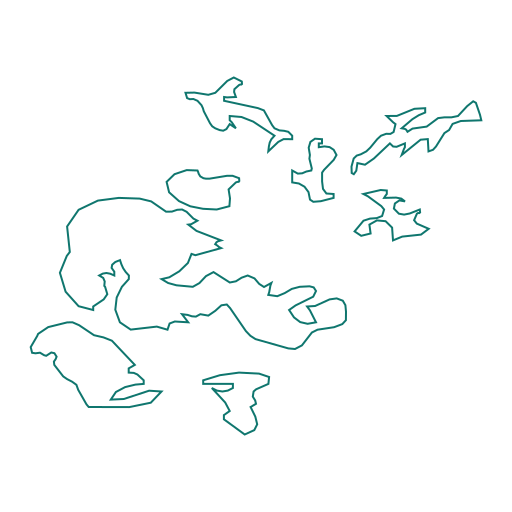 the border of Orkney
{"feature_id": "GBR-2744", "entity_name": "Orkney", "entity_type": "Unitary District", "adm_level": 1, "iso_a3": "GBR", "parent_name": "United Kingdom", "parent_adm1": "", "projection": "robinson", "projection_center": [-2.916, 59.046], "detail": "fine", "context": "isolated", "style": "outline", "palette": "teal", "viewbox_px": 512, "rotation_deg": 0, "n_neighbors": 0, "source": "natural_earth", "source_scale": "10m", "svg_char_len": 5058}
<svg xmlns="http://www.w3.org/2000/svg" viewBox="0 0 512 512"><path d="M336.7,298.4L342.8,300.7L345.4,305.2L346.0,311.7L345.9,320.2L342.3,324.1L334.1,327.2L317.5,329.7L311.9,332.5L301.9,345.4L295.0,349.0L288.3,348.4L255.5,339.1L250.4,335.8L245.9,331.1L230.1,308.1L226.8,304.5L221.4,305.3L215.3,310.8L208.3,315.6L200.3,314.2L195.9,316.6L191.9,316.3L187.6,314.9L182.0,314.2L188.2,322.3L174.8,321.5L169.6,323.5L167.5,329.7L156.8,326.6L130.7,329.6L119.9,322.3L115.3,309.7L116.7,297.5L121.9,286.8L128.8,279.1L128.9,275.5L125.7,272.0L123.2,268.3L121.4,264.3L120.0,260.1L115.3,262.0L112.2,264.7L111.6,267.9L114.3,271.7L114.3,275.5L110.2,273.7L106.4,273.0L102.8,273.6L99.2,275.5L103.2,277.9L104.7,281.4L104.3,285.9L105.1,286.8L107.3,294.2L103.7,299.4L93.2,306.5L93.2,310.0L78.6,306.2L65.6,291.7L59.9,272.8L66.8,255.9L69.8,252.0L67.1,226.5L78.6,209.8L97.9,200.6L118.8,197.9L139.7,198.6L151.2,201.4L166.1,211.7L171.9,211.6L177.2,209.8L182.1,209.5L186.6,211.8L193.4,218.6L197.4,220.7L191.2,224.2L188.3,224.6L196.5,230.9L221.1,240.4L217.9,241.3L216.5,242.2L215.2,244.2L217.1,245.4L219.1,247.1L221.1,248.1L195.4,255.2L191.5,253.9L187.9,263.0L179.3,271.3L169.3,277.3L161.6,279.1L168.1,283.0L176.5,285.3L192.8,286.8L199.4,283.1L206.0,276.1L213.5,272.1L229.8,282.5L235.9,281.3L241.6,277.7L247.7,275.5L254.5,278.4L259.2,283.9L264.0,287.0L271.4,282.9L270.4,285.6L269.2,292.2L268.3,294.9L277.3,296.2L284.7,293.1L291.8,288.9L299.7,286.8L309.6,286.3L313.7,287.4L316.0,291.0L313.2,296.7L295.6,305.4L289.1,310.0L294.0,317.4L300.2,322.1L307.6,323.8L316.0,322.3L309.9,310.3L307.1,306.5L315.1,306.0L329.6,299.4L336.7,298.4ZM110.8,399.6L123.8,399.0L149.1,390.7L161.5,391.5L150.8,402.7L129.2,407.1L88.7,407.0L86.5,404.4L78.2,389.8L76.4,384.8L72.1,381.7L67.1,379.1L63.2,376.4L54.3,364.9L53.9,361.6L55.6,359.2L56.6,356.7L54.4,353.2L51.3,352.5L46.2,355.8L44.1,355.2L40.0,352.7L35.5,353.3L32.1,352.8L30.7,347.1L37.2,336.0L38.1,333.9L48.2,327.1L67.2,322.4L72.5,322.3L79.1,325.2L94.0,335.2L103.5,337.4L111.9,340.7L134.8,364.9L128.7,368.4L128.7,372.6L133.8,372.9L137.4,374.5L143.7,380.3L143.7,383.9L135.4,384.6L125.1,387.1L115.9,392.0L110.8,399.6ZM458.0,116.0L467.2,106.1L473.2,101.3L475.9,102.8L480.0,114.8L481.3,120.3L460.8,121.0L452.6,123.9L449.1,130.0L444.4,133.1L436.0,146.5L433.0,149.8L428.5,151.4L427.8,139.1L420.6,139.7L401.7,155.0L403.9,149.1L404.9,147.2L404.9,143.4L396.6,146.8L393.1,146.5L389.9,143.4L373.9,158.5L365.0,164.7L357.4,163.1L356.3,170.7L353.8,174.2L351.7,173.0L351.5,166.6L353.7,158.5L356.7,155.6L360.8,154.3L366.3,151.4L370.2,147.7L377.3,139.1L381.0,135.7L386.2,133.8L390.4,133.9L393.6,132.0L395.5,124.1L393.1,122.3L386.6,116.0L396.9,115.9L414.4,108.8L425.2,108.2L425.2,112.5L418.8,115.2L412.4,119.2L401.7,128.3L404.9,128.9L406.2,129.7L407.5,131.8L412.5,128.6L426.7,126.6L438.1,118.1L444.7,117.3L451.6,117.3L458.0,116.0ZM197.5,100.8L193.4,99.0L189.8,99.2L187.1,98.1L185.5,92.8L194.5,92.6L208.3,94.8L215.3,92.8L227.3,80.9L233.8,77.5L241.8,81.5L242.0,84.0L241.4,84.5L240.3,84.5L239.1,85.0L234.4,89.2L234.1,92.0L235.9,97.0L227.0,97.4L224.1,97.0L224.1,100.8L257.9,108.1L263.9,110.4L272.1,125.1L274.5,128.3L279.4,130.4L284.1,130.8L288.3,131.8L292.2,135.7L292.2,139.2L283.6,139.1L278.3,141.9L268.3,151.4L268.9,146.4L269.7,142.6L271.3,139.3L274.5,135.7L253.2,121.6L241.5,117.0L229.7,116.0L229.7,120.2L231.8,122.3L235.9,128.3L229.7,124.1L226.4,129.1L223.2,130.7L219.7,130.1L215.2,128.3L212.2,126.3L210.0,123.2L203.8,111.3L202.9,108.2L201.5,105.2L197.5,100.8ZM239.0,372.6L259.0,373.6L269.1,377.0L268.4,383.9L256.1,389.3L253.6,391.5L252.8,396.6L255.2,400.5L256.0,403.8L250.6,407.0L255.3,416.6L257.2,424.3L254.3,430.1L244.7,434.5L223.9,419.3L223.9,415.1L229.7,411.0L225.2,402.5L211.8,388.0L216.9,390.6L222.4,391.5L227.8,390.6L232.9,388.0L232.9,383.9L203.2,383.9L203.2,380.3L219.9,375.2L239.0,372.6ZM216.7,209.5L203.0,208.8L190.3,206.3L179.0,201.1L169.1,192.3L166.6,181.9L174.5,174.2L186.7,170.1L197.5,170.5L198.0,171.6L198.7,173.8L200.3,176.4L203.4,178.2L206.1,178.7L209.3,178.7L227.0,175.8L232.6,175.8L239.1,178.2L239.3,181.0L238.7,181.8L237.4,181.9L235.9,182.4L228.6,189.4L230.0,198.4L229.4,206.2L216.7,209.5ZM416.9,213.7L414.1,220.2L416.8,223.6L428.7,228.8L421.0,234.6L402.2,236.6L393.0,240.4L392.1,227.6L385.6,221.2L376.9,220.4L369.4,224.6L370.6,233.5L361.2,235.8L354.6,231.4L363.5,220.7L370.0,218.6L376.8,218.1L382.1,216.0L384.1,209.5L381.3,206.1L367.9,196.3L363.4,194.0L380.7,190.0L386.8,190.5L386.8,194.0L385.4,195.8L384.1,197.9L396.1,197.6L401.3,198.6L405.0,201.4L399.4,200.4L394.9,203.5L393.9,208.6L398.9,213.7L404.1,214.6L409.7,213.5L419.8,209.5L420.1,212.4L419.3,213.1L418.1,213.0L416.9,213.7ZM292.2,170.5L297.8,173.6L302.2,173.3L306.4,171.5L311.3,170.5L311.8,168.5L309.4,158.7L309.9,155.0L308.7,147.7L310.4,141.9L315.0,138.7L322.0,139.2L322.0,143.4L318.8,143.4L318.8,147.2L324.5,146.4L329.6,147.1L333.7,149.8L336.5,155.0L333.7,159.9L324.1,169.8L322.1,172.6L322.1,181.5L323.0,188.9L326.4,193.5L333.6,194.0L333.6,197.9L320.8,201.2L313.3,201.8L310.0,199.6L308.5,192.1L304.5,186.7L298.9,183.5L292.2,182.4L292.2,170.5Z" fill="none" stroke="#0f766e" stroke-width="2"/></svg>